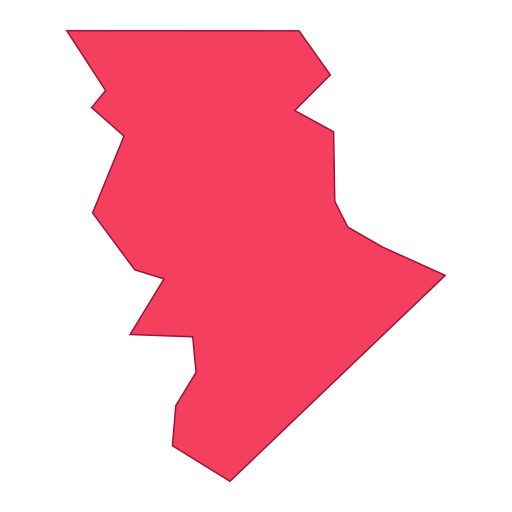 Mallakastër, Fier, Albania
{"feature_id": "67620474B72354996665991", "entity_name": "Mallakastër", "entity_type": "district", "adm_level": 2, "iso_a3": "ALB", "parent_name": "Albania", "parent_adm1": "Fier", "projection": "orthographic", "projection_center": [19.767, 40.529], "detail": "fine", "context": "isolated", "style": "filled", "palette": "rose", "viewbox_px": 512, "rotation_deg": 0, "n_neighbors": 0, "source": "geoboundaries", "source_scale": "gbopen_adm2", "svg_char_len": 401}
<svg xmlns="http://www.w3.org/2000/svg" viewBox="0 0 512 512"><path d="M134.7,269.8L164.0,278.9L130.1,334.5L192.7,336.8L196.1,372.3L175.8,405.7L172.4,445.7L229.9,481.3L445.2,275.4L382.4,247.0L347.8,227.1L334.8,201.5L333.6,131.8L294.7,110.5L330.3,74.9L299.0,30.8L66.8,30.7L105.6,90.5L91.6,107.6L124.0,136.1L92.6,212.9L134.6,269.7L134.7,269.8Z" fill="#f43f5e" stroke="#9f1239" stroke-width="1.5"/></svg>